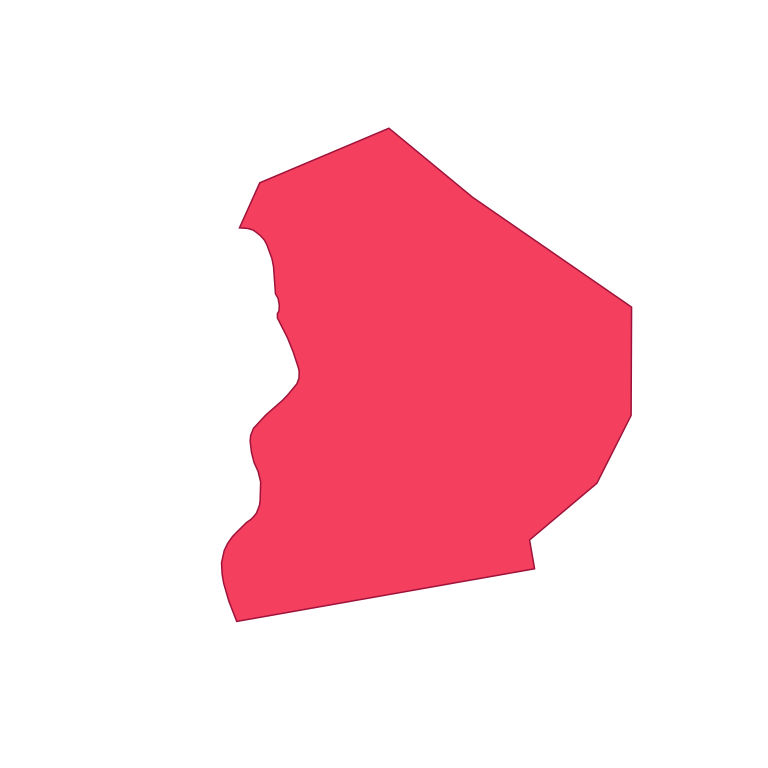 the district of Mason, Kentucky, United States of America, rotated 238°
{"feature_id": "52423323B64240886079003", "entity_name": "Mason", "entity_type": "district", "adm_level": 2, "iso_a3": "USA", "parent_name": "United States of America", "parent_adm1": "Kentucky", "projection": "natural_earth1", "projection_center": [-83.779, 38.612], "detail": "fine", "context": "isolated", "style": "filled", "palette": "rose", "viewbox_px": 768, "rotation_deg": 238, "n_neighbors": 0, "source": "geoboundaries", "source_scale": "gbopen_adm2", "svg_char_len": 843}
<svg xmlns="http://www.w3.org/2000/svg" viewBox="0 0 768 768"><g transform="rotate(238 384 384)"><path d="M598.3,523.7L620.5,385.3L593.0,344.2L588.0,351.0L584.0,354.5L580.7,355.9L575.7,357.7L569.8,358.8L564.4,358.5L549.7,355.4L541.9,352.4L518.1,339.8L516.4,339.7L512.8,339.6L506.0,336.8L501.5,333.5L500.2,330.9L496.5,328.6L474.1,326.6L459.0,323.9L442.8,319.9L439.4,318.6L433.9,314.9L430.3,310.2L425.7,296.3L423.9,289.2L420.3,267.1L415.6,249.9L411.1,243.7L406.5,240.2L396.3,235.4L386.3,232.2L376.6,230.9L366.3,227.5L350.7,217.1L347.2,214.2L342.2,207.6L340.8,203.9L339.7,199.4L339.4,194.0L336.9,182.7L335.0,174.9L331.7,167.0L327.4,160.2L318.5,151.5L308.8,146.1L300.2,142.5L282.3,137.4L260.7,133.3L147.5,413.8L174.6,424.8L187.0,511.9L226.4,576.9L318.0,634.7L495.3,558.1L598.3,523.7Z" fill="#f43f5e" stroke="#9f1239" stroke-width="1.5"/></g></svg>